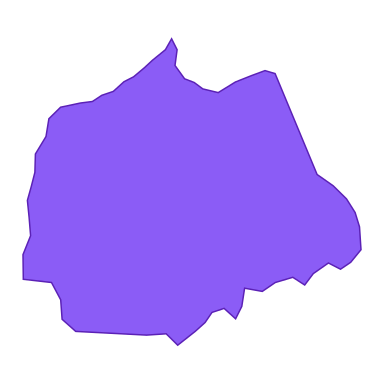 the district of Anhanguera, Goiás, Brazil
{"feature_id": "56859067B76787904233640", "entity_name": "Anhanguera", "entity_type": "district", "adm_level": 2, "iso_a3": "BRA", "parent_name": "Brazil", "parent_adm1": "Goiás", "projection": "natural_earth1", "projection_center": [-48.225, -18.31], "detail": "fine", "context": "isolated", "style": "filled", "palette": "violet", "viewbox_px": 384, "rotation_deg": 0, "n_neighbors": 0, "source": "geoboundaries", "source_scale": "gbopen_adm2", "svg_char_len": 817}
<svg xmlns="http://www.w3.org/2000/svg" viewBox="0 0 384 384"><path d="M177.7,345.2L195.2,331.4L205.1,322.5L212.0,312.4L224.1,308.4L235.6,318.8L241.8,306.4L244.6,288.2L262.3,291.4L275.3,282.5L292.8,277.3L304.7,285.0L313.3,273.6L328.4,263.0L340.5,269.2L350.7,262.3L361.0,249.7L359.5,226.8L355.1,212.5L346.5,198.9L333.2,185.8L317.1,174.5L275.1,73.6L265.0,70.6L251.5,75.6L235.4,82.0L218.2,92.6L202.8,88.9L194.2,82.5L184.6,78.8L175.0,65.5L177.1,49.7L171.6,38.8L165.4,49.7L152.4,60.3L144.2,67.9L133.6,76.8L124.0,81.7L113.3,91.4L101.8,95.3L92.4,101.5L80.5,103.0L60.6,107.2L48.9,118.7L46.0,136.5L35.4,154.0L34.9,172.3L31.2,186.8L27.4,200.4L29.1,217.4L30.6,235.7L23.0,254.6L23.3,279.3L51.5,282.5L60.7,299.8L62.1,319.3L75.7,331.4L146.5,335.1L166.2,333.8L177.7,345.2Z" fill="#8b5cf6" stroke="#5b21b6" stroke-width="1.5"/></svg>